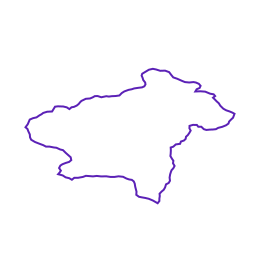 Ibirá, São Paulo, Brazil (Equal Earth projection), rotated 285°
{"feature_id": "56859067B89412000819303", "entity_name": "Ibirá", "entity_type": "district", "adm_level": 2, "iso_a3": "BRA", "parent_name": "Brazil", "parent_adm1": "São Paulo", "projection": "equal_earth", "projection_center": [-49.219, -21.072], "detail": "fine", "context": "isolated", "style": "outline", "palette": "violet", "viewbox_px": 256, "rotation_deg": 285, "n_neighbors": 0, "source": "geoboundaries", "source_scale": "gbopen_adm2", "svg_char_len": 2326}
<svg xmlns="http://www.w3.org/2000/svg" viewBox="0 0 256 256"><g transform="rotate(285 128 128)"><path d="M184.1,127.7L182.1,127.6L180.4,129.0L178.3,130.3L176.4,132.8L174.6,133.6L172.5,133.0L170.9,131.1L169.5,127.6L167.8,123.7L166.4,121.6L165.0,118.7L162.4,115.0L160.1,112.9L157.2,111.3L155.7,107.8L154.5,104.0L153.4,101.4L153.1,98.8L150.8,94.3L151.0,90.4L150.2,87.7L148.5,86.0L146.7,83.7L145.3,79.7L142.1,76.0L140.4,75.0L138.5,74.2L136.4,72.7L134.4,70.3L133.4,68.1L131.1,66.5L132.1,63.5L132.0,59.8L131.4,57.3L130.8,54.7L129.7,52.0L124.3,50.4L122.8,45.7L120.6,42.2L118.9,40.9L117.3,39.2L114.6,36.9L112.9,33.7L110.7,30.9L105.7,30.2L102.2,28.8L101.0,31.2L99.1,32.5L96.4,34.8L93.6,35.8L91.6,37.5L90.4,41.8L89.8,47.1L89.5,50.5L88.8,53.6L89.7,56.8L90.0,61.4L90.4,64.0L89.7,68.1L89.8,70.9L87.8,74.4L84.9,80.2L82.3,81.5L80.0,79.9L78.2,77.0L76.0,74.0L74.2,72.4L71.5,71.8L69.4,74.2L67.6,73.6L65.3,72.5L65.3,77.2L64.2,80.5L64.3,84.2L63.5,87.2L66.0,89.0L67.0,92.7L68.0,94.8L69.0,97.0L70.9,99.7L72.2,106.7L73.6,110.2L74.3,114.7L75.7,119.4L76.2,123.7L77.2,127.5L78.9,131.4L79.6,135.9L78.8,139.5L78.6,142.4L78.9,145.1L77.9,147.4L76.0,148.9L73.1,150.2L68.7,152.7L65.6,153.3L64.4,156.4L64.6,159.4L64.9,162.8L65.0,166.4L64.4,170.8L63.0,176.1L65.6,177.2L67.8,176.6L70.5,176.3L72.7,175.5L75.3,176.9L77.6,178.5L80.2,179.2L83.4,179.3L85.4,181.5L87.9,182.2L90.9,181.0L94.1,180.7L96.4,180.8L98.5,181.0L100.8,182.2L103.4,182.8L105.6,180.6L108.1,180.3L109.7,178.4L111.9,176.2L114.1,175.9L117.4,175.2L120.2,174.3L121.7,176.6L124.5,178.4L126.2,182.4L128.6,182.6L130.4,185.3L132.4,186.5L134.6,186.3L136.6,187.6L139.1,188.5L141.7,189.2L143.6,187.4L146.0,186.9L147.8,189.9L148.8,193.7L147.4,195.6L148.2,198.5L146.5,201.5L146.4,204.2L147.6,207.4L148.5,210.3L149.6,213.2L151.5,215.1L153.5,218.7L156.0,222.0L158.3,223.9L160.4,224.0L162.9,225.4L165.1,226.8L167.2,227.0L169.3,227.2L169.9,224.7L170.3,221.6L170.5,218.3L171.3,215.1L173.4,211.4L175.4,209.3L176.7,206.7L178.1,204.4L179.3,202.3L181.4,203.9L182.7,202.0L182.4,198.4L183.1,193.2L182.2,188.4L180.7,183.6L183.2,184.3L185.2,186.8L187.5,187.2L189.0,185.0L189.5,181.8L189.3,179.3L187.8,175.4L187.1,171.1L187.5,167.9L188.3,162.8L188.6,158.6L190.7,155.7L192.6,153.3L193.0,149.0L191.6,144.3L191.8,140.0L191.6,136.7L189.7,133.1L186.8,130.3L184.1,127.7Z" fill="none" stroke="#5b21b6" stroke-width="2"/></g></svg>